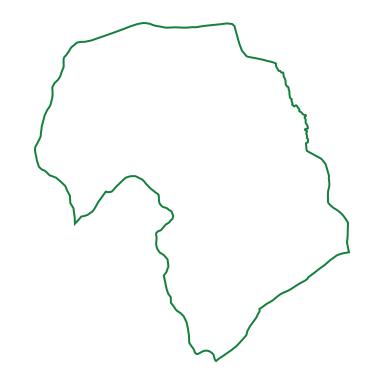 the district of Lao Ngarm, Saravan, Laos
{"feature_id": "54806243B99533755262624", "entity_name": "Lao Ngarm", "entity_type": "district", "adm_level": 2, "iso_a3": "LAO", "parent_name": "Laos", "parent_adm1": "Saravan", "projection": "natural_earth1", "projection_center": [106.182, 15.455], "detail": "fine", "context": "isolated", "style": "outline", "palette": "green", "viewbox_px": 384, "rotation_deg": 0, "n_neighbors": 0, "source": "geoboundaries", "source_scale": "gbopen_adm2", "svg_char_len": 5761}
<svg xmlns="http://www.w3.org/2000/svg" viewBox="0 0 384 384"><path d="M173.1,305.6L174.1,307.0L175.3,308.9L177.1,310.9L180.6,313.2L182.2,314.7L183.6,316.2L185.5,320.0L186.7,322.7L187.8,328.0L188.9,335.0L189.2,341.8L189.5,343.4L193.7,349.2L194.5,351.4L195.0,352.7L195.8,353.5L197.1,354.1L198.5,353.7L201.7,351.9L203.7,350.9L206.1,350.6L208.0,350.8L209.5,351.4L211.8,352.8L213.5,354.6L214.5,358.5L215.3,360.3L216.0,361.0L216.9,360.3L219.4,358.3L224.0,355.3L231.0,350.4L235.7,346.8L239.6,342.8L245.4,336.3L246.5,334.8L247.0,332.7L247.3,331.2L249.9,326.4L254.6,320.0L256.3,317.6L258.0,314.0L259.2,312.1L259.7,310.8L259.4,309.0L261.5,307.7L263.5,306.2L266.3,304.1L269.3,302.4L271.3,301.3L273.2,300.0L274.8,298.6L278.1,295.9L281.0,293.9L283.4,292.7L286.0,291.6L288.8,290.3L291.7,288.6L295.5,286.1L298.8,284.0L301.8,282.3L304.8,280.8L307.4,278.8L308.1,277.4L312.1,274.4L315.6,271.8L318.0,269.8L321.2,267.5L324.6,265.0L328.6,261.6L330.4,260.0L334.8,256.9L336.6,255.5L338.7,254.6L343.5,253.2L349.0,252.3L347.0,242.7L347.6,236.5L348.0,222.6L345.8,219.2L344.3,217.1L342.9,215.1L340.1,212.4L338.1,210.8L335.2,208.9L333.3,207.8L330.6,205.4L328.5,203.3L328.0,201.7L328.0,198.1L327.9,194.7L328.1,191.2L329.3,185.9L329.4,184.0L329.0,179.8L328.8,177.7L329.1,176.2L325.7,164.3L323.8,161.7L322.4,160.0L321.0,158.6L307.2,151.1L306.4,149.5L306.4,147.5L306.2,146.0L306.1,145.0L305.9,143.6L305.9,143.3L306.1,143.1L306.4,142.9L307.3,142.7L307.5,142.6L307.8,142.3L307.9,142.0L307.9,141.7L308.0,141.3L308.0,140.8L308.0,140.1L308.0,139.4L307.9,139.0L307.7,138.7L307.2,138.3L306.9,138.0L306.9,137.7L306.9,137.3L306.9,136.9L307.0,136.3L307.0,136.0L307.0,135.7L306.8,134.9L306.4,134.2L306.3,133.9L306.3,133.6L306.3,133.4L306.3,133.1L306.4,132.9L306.5,132.6L307.0,131.6L307.0,131.3L306.9,131.0L306.7,130.9L306.0,130.6L305.7,130.5L305.4,130.3L305.2,130.1L305.1,129.9L305.0,129.6L305.1,129.3L305.2,129.2L305.5,129.0L305.8,128.9L306.1,128.8L307.4,128.6L307.8,128.5L307.8,128.1L307.9,127.9L307.8,127.5L307.8,127.2L307.6,126.4L307.4,125.8L307.3,125.5L306.9,124.7L306.1,123.7L305.9,123.3L305.8,123.0L305.7,122.8L305.7,122.5L305.6,122.0L305.7,120.2L305.7,119.9L305.7,119.7L305.6,119.4L305.5,119.2L305.4,118.9L304.9,118.2L304.7,117.8L304.6,117.4L304.7,117.0L305.0,116.7L305.6,116.3L305.8,116.2L305.9,115.8L305.9,115.5L305.8,115.3L305.7,115.2L305.1,115.0L304.1,114.8L303.6,114.7L303.3,114.5L303.0,114.3L302.7,114.1L302.4,113.8L302.1,113.3L301.7,112.8L301.4,112.4L301.2,112.2L300.7,111.9L299.6,111.5L299.3,111.2L299.2,110.9L299.2,110.7L299.4,110.0L299.4,109.6L299.4,109.4L298.8,108.7L298.5,108.2L298.2,108.0L297.9,107.5L297.4,106.8L296.8,105.8L296.6,105.6L296.3,105.4L296.1,105.4L295.7,105.4L295.4,105.6L295.2,105.7L294.7,106.2L294.4,106.4L294.1,106.3L293.9,106.2L293.6,105.9L293.3,105.6L293.1,105.4L292.7,105.1L292.2,104.7L292.2,104.3L292.5,104.0L292.5,103.4L292.4,103.2L291.9,101.9L291.7,101.3L291.5,100.9L291.5,100.5L291.5,100.3L291.7,99.8L291.8,99.5L291.7,99.2L290.8,98.7L290.5,98.4L290.3,98.2L290.1,97.8L289.9,97.5L289.8,97.1L289.8,96.7L289.6,95.4L289.5,94.5L289.4,92.5L289.4,91.7L289.3,91.3L289.3,90.9L289.2,90.6L289.0,90.2L288.7,89.6L288.7,89.4L288.6,88.7L288.6,88.0L288.4,87.4L288.3,87.2L288.2,87.0L288.1,86.9L287.8,86.8L287.3,86.6L287.1,86.5L286.9,86.2L286.6,85.7L286.1,85.0L285.9,84.7L285.8,84.4L285.7,83.9L285.6,82.9L285.6,81.4L285.5,81.0L285.5,80.5L285.2,79.6L284.9,78.8L284.8,78.5L284.5,78.0L283.9,77.0L283.8,76.6L283.6,75.8L283.5,75.4L283.5,74.9L283.4,73.3L283.3,73.0L283.1,72.7L282.9,72.5L282.7,72.5L282.4,72.5L281.9,72.6L281.6,72.6L281.4,72.5L281.2,72.4L281.0,72.2L280.7,71.8L280.4,71.2L280.1,70.9L279.9,70.9L279.3,70.9L278.6,70.8L278.2,70.1L277.7,69.2L276.9,67.8L276.5,67.2L276.2,66.4L276.1,66.0L276.0,65.4L275.9,64.2L275.9,63.7L275.7,63.3L271.7,61.9L267.1,60.9L263.2,59.8L257.7,58.6L248.5,56.9L246.5,56.2L241.9,50.6L239.2,43.3L234.4,26.0L232.1,24.0L226.9,23.4L221.5,24.1L203.4,26.0L196.5,27.2L191.7,27.2L187.2,27.6L183.8,27.7L180.0,27.5L174.8,27.3L167.0,27.7L164.0,27.4L160.6,26.6L156.0,25.9L152.6,24.9L150.2,23.9L146.5,23.2L145.2,23.1L143.2,23.0L141.3,23.3L139.4,23.7L137.7,24.0L131.3,26.0L124.1,28.8L111.9,33.3L103.6,36.2L99.4,37.6L91.2,40.5L85.0,41.8L80.3,41.9L77.6,42.5L76.4,43.0L74.1,45.1L71.3,47.3L70.2,49.0L69.1,50.9L66.1,55.3L65.2,56.1L64.5,56.9L63.9,58.0L63.6,59.1L63.6,62.1L63.7,66.1L63.5,67.5L61.7,71.7L60.5,75.6L59.6,77.5L57.9,79.9L55.3,82.4L54.0,83.9L52.3,87.5L52.5,90.9L52.6,92.8L52.5,95.7L52.3,97.6L51.9,99.4L50.3,105.5L48.8,107.8L47.3,109.9L44.6,115.5L43.9,118.5L43.3,120.5L42.4,124.0L41.7,126.6L41.5,129.1L40.9,133.1L40.7,136.2L39.6,138.9L38.3,141.4L35.5,146.6L35.1,148.1L35.0,150.1L35.5,153.5L36.5,157.8L36.8,160.2L39.0,166.9L41.7,169.4L44.7,170.7L46.7,172.4L49.5,175.2L56.1,177.7L61.3,182.2L65.3,186.0L67.2,190.7L69.9,195.7L70.3,203.0L71.8,205.5L73.5,208.3L73.9,212.2L74.6,216.2L74.9,223.7L77.8,220.6L79.5,218.7L81.2,216.6L82.6,216.3L83.8,216.1L85.5,215.6L86.7,215.2L87.6,214.8L88.7,214.1L89.6,213.4L92.1,211.8L93.0,210.8L94.1,209.3L96.1,206.0L97.0,204.3L97.8,202.8L99.0,201.0L100.1,199.5L105.8,191.6L106.6,191.9L108.5,192.2L110.2,192.0L111.8,191.5L113.0,190.3L116.5,186.3L118.5,184.5L121.3,181.7L124.7,178.6L125.8,177.7L128.1,176.9L130.6,176.2L135.3,176.1L137.2,177.0L139.9,178.4L142.0,179.4L143.8,181.0L146.0,183.8L147.9,185.8L150.6,188.5L154.8,191.9L157.7,193.9L158.6,195.0L158.9,197.3L158.9,200.3L159.3,202.6L160.2,204.4L162.0,206.3L163.5,207.2L165.3,207.6L167.2,208.4L169.0,209.9L171.6,211.5L173.2,215.9L172.4,219.0L170.9,220.2L169.1,222.5L165.8,224.5L160.8,230.3L158.4,231.1L156.6,232.5L156.1,233.7L156.1,234.8L156.5,236.6L156.6,237.6L156.1,244.3L157.1,248.6L159.6,252.4L164.1,255.3L167.6,259.6L168.4,266.5L166.3,272.3L163.8,275.5L165.3,282.7L166.7,289.3L168.2,293.6L170.8,297.4L170.9,302.8L173.1,305.6Z" fill="none" stroke="#15803d" stroke-width="2"/></svg>